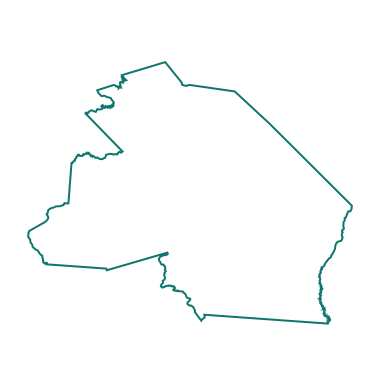 Mitú, Vaupés, Colombia (Mercator projection), rotated 94°
{"feature_id": "7082276B74847859536954", "entity_name": "Mitú", "entity_type": "district", "adm_level": 2, "iso_a3": "COL", "parent_name": "Colombia", "parent_adm1": "Vaupés", "projection": "mercator", "projection_center": [-70.077, 0.972], "detail": "fine", "context": "isolated", "style": "outline", "palette": "teal", "viewbox_px": 384, "rotation_deg": 94, "n_neighbors": 0, "source": "geoboundaries", "source_scale": "gbopen_adm2", "svg_char_len": 5937}
<svg xmlns="http://www.w3.org/2000/svg" viewBox="0 0 384 384"><g transform="rotate(94 192 192)"><path d="M274.3,331.7L274.4,272.1L276.0,271.5L254.2,212.4L255.3,211.8L255.9,212.2L256.6,213.4L256.6,214.1L257.7,217.2L259.3,219.6L260.7,220.4L262.6,220.0L264.1,218.8L265.9,217.9L266.5,217.0L266.4,215.3L267.6,214.8L268.3,213.6L270.9,213.3L271.6,213.7L273.0,212.6L274.6,213.8L275.7,213.6L276.8,214.0L279.4,213.0L280.2,212.9L281.3,213.4L282.7,215.0L283.7,214.5L284.6,214.7L286.9,216.3L287.8,216.6L288.3,216.4L289.3,215.3L289.4,214.6L288.9,214.2L288.9,213.3L287.8,212.0L288.0,211.6L287.2,210.2L287.4,209.4L286.9,208.3L287.2,207.4L286.8,206.7L287.0,206.0L287.6,205.5L287.3,204.0L287.6,204.0L287.8,203.1L288.3,203.0L288.5,202.5L288.9,202.3L289.2,202.9L291.0,203.9L291.3,203.7L291.5,202.9L291.1,202.3L291.7,201.8L291.4,200.7L291.9,200.0L291.5,199.7L291.8,199.1L291.5,198.5L291.9,197.6L292.0,194.1L293.2,193.3L293.5,192.4L294.3,191.5L297.3,190.1L298.1,188.7L298.5,186.7L298.9,186.2L300.1,186.5L302.3,188.7L303.9,188.8L305.5,186.6L305.3,185.0L306.8,182.6L310.3,180.7L311.8,180.6L319.7,173.8L318.6,173.3L316.4,170.7L315.0,170.7L313.6,171.2L313.8,46.5L313.4,47.3L313.0,47.1L312.5,47.7L312.1,47.6L311.6,46.8L311.2,47.4L310.5,45.9L310.0,46.5L310.1,45.9L309.7,45.4L308.3,45.9L308.1,46.2L308.1,47.0L307.6,47.0L308.0,47.5L306.6,47.5L306.6,48.1L307.3,47.9L306.9,48.4L306.9,49.0L306.4,49.1L306.8,49.3L306.4,50.8L305.8,50.4L305.5,50.7L305.7,50.9L305.4,51.4L304.9,51.3L304.6,51.8L304.4,51.4L304.1,51.6L303.9,51.4L303.7,51.8L303.1,52.0L302.7,51.9L302.4,51.4L301.7,51.7L300.8,51.2L300.5,51.8L300.0,51.7L300.0,52.3L299.6,52.1L299.7,52.8L299.4,52.5L299.0,52.9L298.7,52.7L298.8,53.1L297.9,53.7L297.8,53.3L297.3,54.1L296.7,54.0L296.8,53.5L296.4,53.5L296.3,54.1L295.7,54.1L296.1,54.3L296.1,54.6L295.6,54.7L295.2,55.3L294.6,55.1L294.1,55.7L293.8,55.6L293.9,56.0L293.5,56.0L293.5,56.3L292.9,56.2L292.3,56.5L291.7,56.2L291.2,56.8L291.1,56.3L290.0,56.2L289.4,56.4L289.3,56.8L289.1,56.3L288.0,56.9L286.6,56.3L286.7,56.8L286.1,56.9L285.9,56.7L285.3,57.3L285.0,57.1L285.0,57.5L284.8,57.6L284.4,57.5L284.3,57.1L283.8,57.2L283.5,56.4L283.1,56.5L283.0,56.2L281.3,56.1L281.1,56.5L280.5,56.0L280.6,56.6L280.1,56.2L279.6,56.6L279.3,56.3L278.9,56.5L279.1,56.1L278.9,55.9L278.3,56.6L277.3,56.0L276.2,56.9L275.8,56.8L275.6,57.4L275.1,57.5L275.2,57.8L274.5,58.5L274.2,58.5L274.3,58.1L273.6,58.1L273.5,57.8L271.4,58.5L270.5,58.0L268.7,58.3L267.7,59.4L266.9,58.8L266.2,59.0L266.2,58.8L265.6,58.8L265.3,58.6L264.9,58.9L263.3,57.8L262.5,58.3L261.8,58.0L261.4,58.2L259.9,56.9L259.5,57.6L259.1,57.2L258.2,57.4L258.0,56.8L257.6,56.7L257.4,55.9L256.0,54.7L255.4,54.8L253.0,53.7L252.5,53.0L251.2,52.5L248.4,50.3L247.4,48.9L245.6,48.7L244.4,47.8L241.4,46.3L238.6,45.4L235.3,45.2L233.0,44.4L231.7,43.4L230.1,39.7L228.5,38.9L226.6,38.6L225.6,39.3L223.6,39.6L222.4,39.4L221.8,38.9L220.9,39.5L219.8,39.6L219.2,39.2L218.8,38.3L217.9,38.0L217.2,38.0L215.4,38.8L213.5,38.6L212.0,38.8L209.5,37.7L207.4,37.9L207.1,37.7L206.9,36.9L200.6,34.9L200.3,33.2L200.0,32.6L197.8,31.7L194.5,31.6L118.2,119.7L88.7,156.4L85.4,201.6L85.5,202.8L86.5,204.8L86.6,205.5L85.9,208.9L85.5,209.5L83.7,209.8L64.3,227.8L80.4,270.3L81.9,270.1L81.4,269.5L81.9,268.8L82.4,269.2L83.0,268.9L83.1,267.9L83.6,268.0L84.0,268.7L84.7,268.3L84.7,268.0L84.0,267.4L84.0,266.7L85.0,265.5L85.1,265.8L84.6,266.6L85.0,267.0L85.9,267.2L85.7,268.1L86.0,268.5L85.5,269.0L86.5,268.8L86.5,269.2L86.9,269.3L87.7,268.7L87.7,269.9L87.3,270.8L87.7,271.4L88.9,271.5L90.7,270.7L91.6,270.5L92.3,270.7L92.8,270.3L92.8,271.1L92.5,271.6L93.0,272.0L92.2,271.9L92.7,273.0L92.5,273.3L91.9,273.0L92.1,274.1L91.8,274.4L91.9,275.2L91.0,276.1L90.7,277.6L97.1,293.6L99.3,292.6L102.4,289.4L102.6,287.8L102.1,286.9L102.2,285.6L103.4,283.2L103.4,281.8L104.0,279.5L105.4,278.8L107.1,276.9L107.6,276.9L108.2,276.3L109.1,276.4L109.8,277.1L109.9,276.6L110.7,276.5L110.4,277.0L110.7,277.2L111.5,276.6L111.9,276.6L113.0,277.9L112.4,278.4L112.9,278.6L113.2,279.4L113.6,279.6L113.1,279.9L113.0,280.5L112.7,280.3L112.4,280.7L111.9,280.4L112.0,280.9L112.6,281.1L113.0,280.9L113.8,281.9L113.3,282.1L113.0,282.8L112.8,282.3L112.5,282.2L112.6,283.0L113.1,283.1L113.2,283.8L112.5,283.8L112.4,284.1L113.4,284.3L113.6,284.0L114.2,284.8L114.1,285.4L112.4,286.3L111.5,287.3L112.4,288.2L112.6,287.3L113.9,287.6L114.8,287.1L115.5,287.7L116.2,289.8L115.9,292.2L116.5,292.6L117.4,292.7L117.9,293.2L118.8,293.6L117.5,298.2L119.0,300.3L120.3,301.0L121.5,302.4L121.5,302.9L120.5,302.4L120.8,302.9L120.5,303.6L121.1,303.7L156.5,264.1L157.6,265.4L157.6,266.2L157.1,266.8L157.1,267.6L158.0,268.4L159.5,269.0L159.8,269.4L159.4,270.5L159.9,271.7L160.1,273.2L159.7,274.2L159.7,276.6L160.9,280.3L163.8,281.0L164.6,282.7L165.3,283.4L165.6,284.6L165.5,286.4L164.2,288.8L164.5,289.6L164.3,290.2L164.6,291.0L163.2,292.5L162.7,293.6L162.7,294.4L163.3,294.4L163.0,294.7L163.2,295.4L162.6,295.4L162.6,295.7L162.1,295.8L161.4,296.9L160.7,297.1L160.9,297.8L160.6,297.9L161.0,298.2L160.6,298.8L161.0,298.7L160.9,299.2L161.4,299.9L161.0,300.5L161.4,300.7L161.9,301.9L162.3,302.3L161.8,302.8L162.4,303.5L163.3,303.6L163.8,304.3L163.7,306.7L163.2,306.8L162.7,307.3L162.7,308.2L163.1,308.6L164.0,308.7L164.8,309.8L166.3,309.9L167.5,311.2L168.9,311.0L169.5,312.3L170.5,312.6L170.8,313.3L171.5,313.5L171.5,314.2L211.9,314.5L212.3,316.4L211.9,317.2L211.9,318.2L212.2,318.7L213.5,318.9L214.2,319.6L214.2,320.4L214.9,321.4L215.4,323.0L215.9,327.0L216.9,328.3L218.0,331.5L219.2,333.2L220.5,334.3L222.6,334.4L224.1,335.4L224.8,335.4L225.3,334.5L226.2,334.3L227.1,333.6L228.6,333.7L230.4,334.8L232.5,337.0L242.2,351.6L242.9,352.0L244.1,352.2L244.4,352.4L245.7,352.2L247.8,352.4L251.1,350.0L253.3,349.7L255.3,348.0L257.8,347.0L258.8,346.1L259.4,344.9L260.3,344.1L260.9,342.1L262.4,340.7L264.0,339.8L265.2,338.4L265.9,337.0L266.5,336.8L268.2,336.7L269.0,336.0L270.6,335.9L271.1,335.4L272.6,335.5L273.2,334.3L273.8,333.7L272.8,332.8L272.7,332.0L273.3,331.7L274.3,331.7Z" fill="none" stroke="#0f766e" stroke-width="2"/></g></svg>